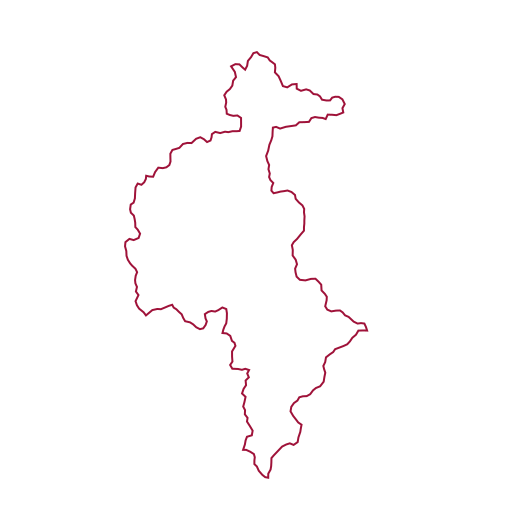 Ubá, Minas Gerais, Brazil (Mercator projection), rotated 214°
{"feature_id": "56859067B43020372139426", "entity_name": "Ubá", "entity_type": "district", "adm_level": 2, "iso_a3": "BRA", "parent_name": "Brazil", "parent_adm1": "Minas Gerais", "projection": "mercator", "projection_center": [-42.971, -21.111], "detail": "fine", "context": "isolated", "style": "outline", "palette": "rose", "viewbox_px": 512, "rotation_deg": 214, "n_neighbors": 0, "source": "geoboundaries", "source_scale": "gbopen_adm2", "svg_char_len": 4263}
<svg xmlns="http://www.w3.org/2000/svg" viewBox="0 0 512 512"><g transform="rotate(214 256 256)"><path d="M380.4,403.5L382.7,399.3L376.5,396.8L372.6,393.1L373.0,388.6L370.9,384.0L371.0,379.8L372.2,375.8L372.2,371.5L368.4,369.0L366.5,366.5L364.9,362.5L362.2,360.7L359.8,357.6L356.4,358.3L353.2,359.5L350.0,362.1L345.6,362.1L343.0,358.3L340.7,354.9L339.5,350.5L342.0,348.5L345.2,346.4L348.2,343.2L351.2,341.7L354.4,337.9L359.2,336.1L360.7,332.4L359.2,329.5L358.3,326.3L360.3,323.1L364.5,323.7L368.6,323.3L371.2,319.7L372.6,313.6L376.2,311.3L379.2,308.0L380.0,302.8L382.4,299.8L384.6,297.2L384.2,292.9L381.7,289.3L379.7,286.5L378.7,282.9L379.9,279.4L382.4,276.7L386.4,274.6L386.6,269.2L385.6,264.2L389.0,262.2L391.9,261.1L390.4,258.3L389.9,254.6L390.8,251.0L394.6,249.9L394.2,245.5L391.4,240.6L388.6,236.0L387.3,231.8L388.6,228.6L386.5,224.3L383.9,221.9L379.9,221.2L377.2,218.7L374.7,216.0L372.2,212.5L368.8,211.7L364.6,209.7L363.4,205.3L366.3,200.8L370.5,199.4L372.0,194.5L370.0,190.8L366.3,187.6L363.4,183.7L360.1,181.2L356.2,179.5L353.2,178.7L348.8,178.0L345.5,176.1L344.7,172.4L342.8,168.4L340.7,165.9L337.4,163.8L335.7,159.4L331.6,157.9L330.6,151.2L327.2,148.6L323.5,147.0L317.7,146.5L314.0,145.2L311.7,153.2L308.2,156.9L305.1,158.7L302.6,162.5L300.4,165.9L298.2,168.7L295.4,167.2L292.2,167.3L288.7,166.6L285.0,166.1L281.8,164.0L278.3,162.3L273.6,164.1L269.9,164.2L265.7,163.5L261.6,164.0L259.3,166.5L259.2,170.6L260.2,174.3L262.9,176.0L265.9,179.2L264.3,183.0L262.2,185.5L258.8,187.1L257.0,190.0L255.1,194.5L251.0,195.4L248.1,192.3L245.1,187.6L243.0,183.5L242.7,180.1L241.9,176.7L240.7,173.4L237.0,175.4L232.7,175.4L228.5,172.2L225.3,172.0L222.8,170.0L222.5,163.5L219.5,159.1L216.5,155.3L216.5,151.2L212.6,149.3L207.7,152.3L204.0,153.8L201.8,156.5L198.0,157.6L197.6,153.7L194.1,151.4L195.0,147.0L192.0,143.3L192.0,139.0L190.7,134.2L185.9,133.4L183.9,128.4L182.4,124.0L178.9,122.1L176.7,118.5L172.5,117.1L170.9,113.7L166.0,111.6L161.1,109.3L159.2,105.0L162.4,101.1L161.5,97.3L159.8,93.5L158.3,88.1L155.7,89.8L151.3,90.5L147.0,90.6L144.5,88.5L143.0,85.6L141.0,82.6L137.6,82.0L133.6,79.5L128.4,78.1L124.7,77.8L121.9,79.0L124.1,82.4L124.5,87.1L125.9,90.2L127.8,93.4L130.2,97.1L129.8,100.6L128.9,105.9L127.8,112.6L125.5,116.7L123.2,119.6L119.2,120.4L117.4,125.0L119.4,129.4L120.9,134.9L122.5,138.3L123.9,141.6L127.9,141.6L131.4,142.8L135.7,144.2L140.5,146.5L142.4,150.7L142.3,155.3L140.8,159.3L141.1,163.1L138.7,165.9L135.6,168.2L133.8,171.7L133.6,176.5L132.5,180.1L130.0,183.8L129.6,189.6L131.7,194.1L133.3,198.0L136.4,200.4L138.7,202.5L139.3,206.7L141.3,211.1L139.8,215.8L138.3,219.5L138.3,223.0L136.1,226.1L133.2,230.2L131.0,233.8L130.4,237.7L130.4,242.1L129.1,246.6L129.4,251.4L125.4,254.3L122.2,256.3L125.1,258.6L128.4,260.6L131.4,259.1L134.0,256.8L138.3,256.2L142.0,256.8L145.2,257.3L149.0,256.6L152.6,257.7L155.9,257.8L159.1,255.5L162.6,252.2L166.9,251.4L170.5,253.0L172.7,258.8L174.5,261.8L177.7,263.1L182.4,264.1L185.9,268.7L189.9,269.7L194.0,270.4L197.6,267.8L201.4,263.4L206.3,260.8L210.8,261.6L214.2,264.7L216.5,267.4L217.4,272.1L221.0,275.1L225.9,276.9L228.9,281.6L232.3,285.0L232.5,288.6L231.5,293.1L231.0,298.9L230.4,303.8L232.4,306.8L234.0,309.8L235.8,312.5L237.9,316.0L240.6,319.0L242.4,322.0L245.8,323.9L250.4,324.4L255.1,325.6L257.8,328.4L262.4,328.9L266.5,327.9L269.1,325.4L271.7,323.1L273.9,320.6L276.5,317.9L279.8,318.8L281.6,322.0L282.5,326.2L286.5,327.0L289.3,328.8L290.7,332.1L294.2,334.9L296.0,338.8L299.6,341.0L303.5,344.5L304.8,350.1L307.1,355.7L308.1,360.6L309.3,364.4L311.7,368.3L313.8,371.9L311.5,374.3L307.3,375.1L303.5,379.8L299.3,383.6L296.0,386.6L294.9,391.1L290.8,394.0L287.1,396.8L287.2,401.3L284.8,404.2L281.3,405.8L278.0,407.7L274.8,408.5L275.6,413.3L271.8,415.7L268.1,417.7L265.9,420.8L263.9,423.8L267.0,426.9L267.4,431.6L272.0,434.2L276.4,434.2L279.4,432.3L281.4,429.9L281.6,426.4L284.6,424.3L288.7,422.5L292.2,424.1L295.4,424.2L298.9,422.4L304.0,423.3L307.6,422.2L311.1,418.1L315.8,417.5L318.5,421.3L322.1,418.4L324.4,413.3L328.7,411.9L333.1,414.8L337.8,417.7L343.0,418.8L345.3,422.9L347.5,425.5L350.7,425.7L353.9,425.8L357.3,427.2L361.4,426.0L365.4,424.7L369.3,425.5L371.6,422.7L371.3,418.1L371.8,413.2L369.7,408.7L369.2,404.4L372.7,404.8L376.9,405.6L380.4,403.5Z" fill="none" stroke="#9f1239" stroke-width="2"/></g></svg>